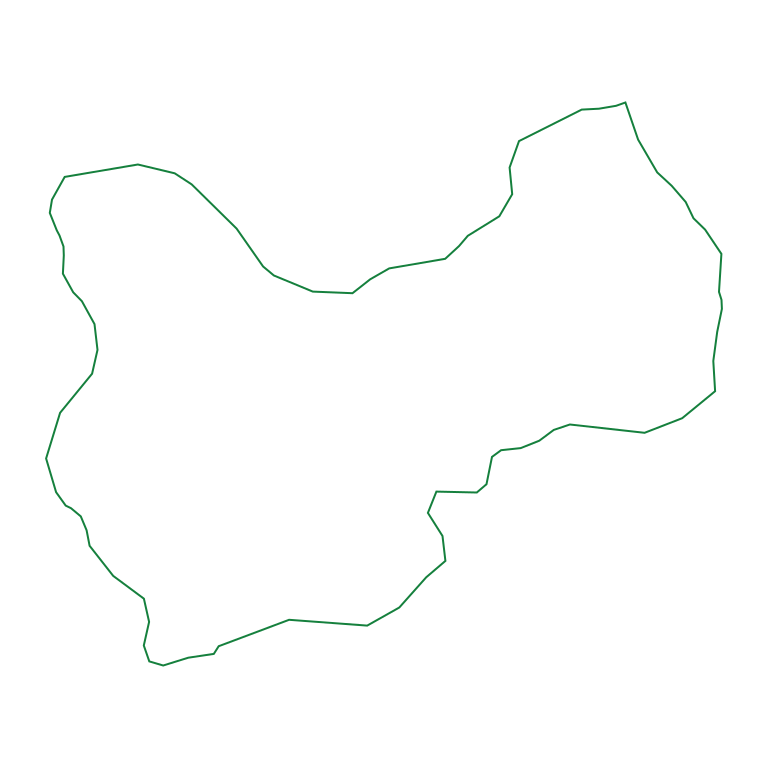 map outline of Mus (Mercator projection)
{"feature_id": "TUR-2310", "entity_name": "Mus", "entity_type": "Province", "adm_level": 1, "iso_a3": "TUR", "parent_name": "Turkey", "parent_adm1": "", "projection": "mercator", "projection_center": [41.844, 39.013], "detail": "fine", "context": "isolated", "style": "outline", "palette": "green", "viewbox_px": 768, "rotation_deg": 0, "n_neighbors": 0, "source": "natural_earth", "source_scale": "10m", "svg_char_len": 1102}
<svg xmlns="http://www.w3.org/2000/svg" viewBox="0 0 768 768"><path d="M352.5,293.2L370.2,279.3L389.2,268.4L445.2,258.8L459.0,246.1L467.8,235.8L499.3,216.3L512.2,194.2L509.6,167.5L519.0,141.1L581.7,109.6L599.0,108.7L616.1,105.8L625.4,102.5L638.1,139.6L657.2,172.4L671.7,185.8L685.7,202.0L693.5,218.3L705.1,229.6L721.4,253.9L719.0,291.9L721.5,299.9L721.9,308.9L717.2,331.9L713.3,361.0L715.1,391.2L682.2,418.2L644.6,432.8L569.9,424.5L553.8,429.9L539.3,440.7L520.7,448.1L501.1,450.2L492.0,456.9L486.5,484.2L476.8,492.5L436.4,491.6L427.9,512.9L442.5,536.0L445.4,560.9L426.2,577.3L399.3,607.5L367.2,625.6L289.1,619.8L218.7,646.2L213.8,653.9L188.3,657.7L163.2,665.5L149.3,661.4L143.8,645.5L149.1,621.9L143.9,598.7L113.2,575.9L89.6,545.8L86.6,530.3L80.8,516.4L71.0,508.2L65.7,505.6L56.1,492.2L46.1,458.5L60.1,412.8L92.1,373.7L97.5,349.9L94.5,324.1L81.9,301.2L73.2,292.3L62.9,273.7L63.8,255.5L63.5,246.5L59.5,235.5L56.8,230.4L49.8,212.9L52.0,199.6L64.7,176.9L137.9,164.5L174.7,173.3L191.7,184.4L236.6,228.6L263.1,266.5L273.9,275.5L312.8,291.6L352.5,293.2Z" fill="none" stroke="#15803d" stroke-width="2"/></svg>